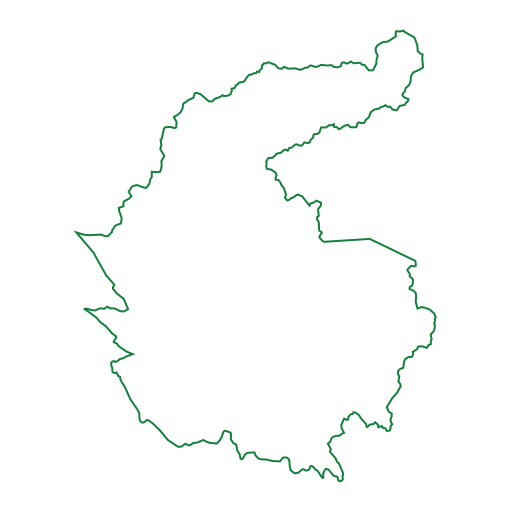 Tarma, Junín, Peru
{"feature_id": "86281439B39213190692953", "entity_name": "Tarma", "entity_type": "district", "adm_level": 2, "iso_a3": "PER", "parent_name": "Peru", "parent_adm1": "Junín", "projection": "albers", "projection_center": [-75.639, -11.251], "detail": "fine", "context": "isolated", "style": "outline", "palette": "green", "viewbox_px": 512, "rotation_deg": 0, "n_neighbors": 0, "source": "geoboundaries", "source_scale": "gbopen_adm2", "svg_char_len": 6011}
<svg xmlns="http://www.w3.org/2000/svg" viewBox="0 0 512 512"><path d="M403.5,30.7L400.0,31.5L396.0,31.3L395.6,34.2L396.0,35.9L395.5,36.6L387.9,41.5L382.6,42.2L377.5,45.3L375.6,48.4L376.0,52.5L377.5,55.1L377.6,56.4L376.5,59.8L376.3,63.8L373.0,70.1L372.3,70.4L368.7,70.3L364.5,64.9L362.0,64.7L360.0,62.7L353.6,63.3L350.9,61.5L347.8,63.4L346.3,63.5L343.9,62.3L341.7,63.0L340.9,66.1L337.2,67.4L333.4,66.9L332.6,65.7L331.5,65.2L327.3,65.5L320.9,64.9L318.7,66.2L315.4,67.0L311.2,65.5L309.8,65.7L307.6,67.5L304.9,67.8L301.1,69.7L299.1,69.6L295.5,68.4L288.2,68.6L284.4,66.9L283.4,67.2L282.2,68.7L279.5,68.5L277.9,67.9L275.0,64.7L268.2,62.2L266.4,63.4L263.8,63.2L263.2,64.6L261.9,65.4L261.9,68.3L259.7,70.5L259.2,72.0L257.0,71.6L256.1,73.2L253.8,73.3L251.8,74.5L249.5,74.7L247.6,76.3L244.0,81.6L238.7,82.8L237.8,84.3L236.0,85.3L234.4,88.3L231.8,88.6L231.5,89.4L231.9,90.6L230.5,94.2L227.5,95.8L223.7,96.0L222.7,95.2L219.9,97.0L214.5,99.0L212.5,101.4L208.9,101.4L200.7,94.3L196.5,92.8L194.8,93.2L193.3,97.9L187.8,100.3L186.3,102.0L183.8,103.2L183.1,104.4L182.6,108.2L180.7,112.2L177.5,114.9L173.9,117.0L176.6,122.2L176.2,127.4L174.6,128.1L170.2,126.9L165.4,127.3L164.0,128.5L161.7,138.9L160.5,139.9L161.4,145.2L160.4,148.4L160.6,149.8L164.3,155.7L161.2,161.6L161.7,163.1L161.3,168.6L160.2,171.6L157.1,172.2L151.8,171.8L151.7,177.2L150.3,179.3L149.2,184.1L146.2,187.9L143.3,187.4L137.2,185.1L133.6,185.8L131.6,187.1L128.7,191.8L131.4,196.3L128.9,198.7L123.6,201.6L123.3,206.4L118.9,207.8L119.2,210.9L121.7,218.3L120.9,223.4L115.2,225.7L112.2,230.3L112.0,231.9L107.8,236.2L105.1,236.1L101.1,234.6L88.9,235.2L83.8,234.7L76.3,232.4L93.5,252.7L106.2,275.4L114.2,284.6L114.2,285.3L113.0,286.9L113.0,288.8L116.9,293.5L123.8,299.0L128.0,309.1L123.7,311.5L120.2,311.2L114.9,308.5L110.0,308.3L107.2,306.7L104.4,308.7L99.9,308.3L95.3,310.4L91.8,310.1L86.3,308.6L83.8,309.2L85.8,309.7L96.9,318.1L100.2,322.1L106.0,326.4L111.9,333.2L116.2,336.5L116.3,337.5L113.7,341.4L113.8,342.1L116.8,343.6L119.0,346.4L126.4,351.5L132.7,354.1L125.7,356.7L123.3,358.3L120.2,358.9L117.0,361.4L115.3,361.9L113.7,360.9L111.5,362.2L111.1,364.4L112.3,368.4L112.4,371.7L114.0,373.1L116.5,372.4L118.2,376.0L120.0,376.7L120.6,380.2L124.6,386.5L130.6,399.7L137.4,409.5L139.3,413.4L139.3,417.4L140.2,420.9L141.8,422.4L142.8,422.6L144.0,422.4L147.0,419.9L148.8,420.5L153.1,423.7L160.2,430.7L168.0,440.1L177.6,446.5L179.7,446.9L181.7,446.4L185.3,443.8L188.9,445.4L191.2,444.6L192.8,443.1L197.7,442.4L203.4,440.0L206.4,441.7L209.8,442.9L216.7,443.5L219.5,440.8L221.6,437.2L223.5,431.8L224.5,430.8L225.9,430.9L229.8,432.3L231.0,433.4L230.8,439.1L233.1,442.9L236.3,444.7L237.3,450.7L239.6,454.2L240.6,458.7L241.6,459.4L243.2,458.2L244.8,454.9L247.0,453.0L253.1,452.4L254.6,452.5L255.2,454.9L258.1,458.3L261.1,459.3L266.3,459.5L272.6,461.0L279.9,461.4L283.0,457.6L286.0,457.4L287.2,457.8L289.2,459.7L289.8,466.7L290.7,470.2L294.4,473.3L298.1,472.8L302.4,469.3L303.5,469.2L306.1,470.6L308.5,470.0L309.5,468.9L310.4,466.2L311.3,465.9L313.2,466.8L315.7,469.9L317.5,470.6L322.0,477.6L323.3,477.7L323.1,473.8L324.8,470.0L326.1,468.7L328.7,469.8L333.7,475.8L337.4,476.8L338.4,480.7L339.9,481.3L342.0,480.4L342.9,479.4L342.4,476.4L343.2,475.1L342.8,472.5L338.9,463.4L337.1,461.9L335.4,458.0L330.2,452.2L329.9,451.3L330.9,449.3L327.9,443.6L330.4,441.6L331.5,438.3L332.4,437.3L335.7,435.9L339.5,435.7L342.3,433.4L344.0,433.0L341.7,428.2L341.2,425.2L344.1,418.6L346.8,419.8L347.9,419.7L348.5,416.8L350.6,414.4L352.7,413.9L353.5,412.3L355.0,412.3L358.7,414.9L361.4,418.9L366.0,423.9L366.7,427.0L368.2,426.3L369.6,424.7L373.6,424.0L375.1,422.2L377.9,424.6L378.3,427.2L381.9,426.1L383.0,427.8L385.4,428.3L386.7,430.9L389.5,430.6L390.3,430.0L390.7,425.9L392.3,424.2L391.3,422.9L390.4,419.4L391.6,416.5L391.8,413.7L388.6,411.5L386.8,407.1L392.0,398.5L397.0,392.8L400.7,386.3L400.1,383.8L398.4,381.4L399.3,376.6L397.8,373.4L398.3,370.6L400.4,368.7L402.7,368.2L403.3,367.4L404.1,361.5L405.3,359.0L408.6,356.9L410.9,357.1L412.0,356.7L413.2,354.0L412.8,351.9L417.0,349.2L418.2,346.5L422.0,346.3L426.8,347.9L428.5,345.1L430.9,344.1L430.8,340.8L431.7,338.9L430.9,336.5L430.9,334.1L433.5,331.6L434.6,328.6L434.9,325.2L434.1,323.3L435.2,320.4L434.8,318.8L435.7,317.4L434.3,313.7L429.9,309.6L424.8,307.8L421.8,307.0L417.5,308.5L415.7,301.9L416.1,297.0L415.8,293.2L413.6,290.7L409.5,289.0L409.7,287.0L411.7,286.0L412.7,284.1L413.0,280.0L412.2,278.3L409.8,276.7L409.7,273.8L407.7,270.9L407.4,269.5L411.1,265.8L414.0,266.4L415.8,265.8L415.6,261.9L415.1,260.8L369.7,238.9L324.0,241.8L322.4,240.8L319.5,237.7L319.7,236.0L321.8,232.9L321.6,232.2L319.7,231.1L319.1,229.6L318.8,222.4L317.1,219.2L316.9,217.9L317.4,216.8L318.8,215.9L318.0,209.2L320.8,205.7L321.0,202.7L316.5,200.7L313.1,202.8L310.5,203.4L309.5,205.7L302.2,196.4L298.2,194.6L296.4,195.0L294.3,196.9L290.9,198.3L288.8,200.1L287.1,200.4L284.9,197.7L286.0,194.7L283.9,188.0L281.6,185.3L280.3,182.4L278.4,180.0L275.8,179.7L275.4,178.4L276.5,175.1L275.7,172.8L271.0,169.5L267.0,168.9L266.2,166.4L266.6,163.5L266.2,161.5L268.4,158.0L272.5,157.8L275.5,155.2L276.4,153.7L280.8,152.8L284.1,149.8L286.1,149.7L287.8,150.7L289.0,148.2L291.8,147.5L295.4,144.5L297.5,144.4L299.2,145.5L301.9,145.6L304.4,142.4L307.4,143.1L309.5,142.6L311.0,139.4L313.2,137.6L313.5,134.7L314.6,134.1L316.9,134.1L319.3,132.6L321.2,127.4L325.9,127.5L329.3,125.1L331.8,125.3L333.9,124.2L334.2,127.1L336.9,127.1L338.6,129.1L339.6,129.1L344.7,125.6L348.2,124.8L350.3,127.2L355.9,127.3L356.8,126.4L356.9,124.7L358.1,122.6L359.8,122.5L361.8,123.2L364.3,122.7L365.9,119.8L369.0,117.1L370.2,113.4L371.4,111.7L374.4,109.5L379.2,108.5L381.0,107.0L383.5,106.4L385.4,105.2L387.8,106.9L390.3,106.7L392.5,109.5L396.7,110.4L399.7,105.9L404.5,105.0L406.0,102.8L407.6,101.6L408.6,99.3L404.0,97.2L402.4,95.3L402.4,94.3L404.8,91.5L405.7,88.1L409.2,84.9L410.6,81.4L410.9,77.0L411.6,75.0L413.4,72.4L419.5,69.7L423.1,67.4L422.2,58.3L422.6,54.5L419.8,53.2L417.7,51.1L417.4,45.6L414.8,38.3L413.9,37.1L406.1,32.8L403.6,31.2L403.5,30.7Z" fill="none" stroke="#15803d" stroke-width="2"/></svg>